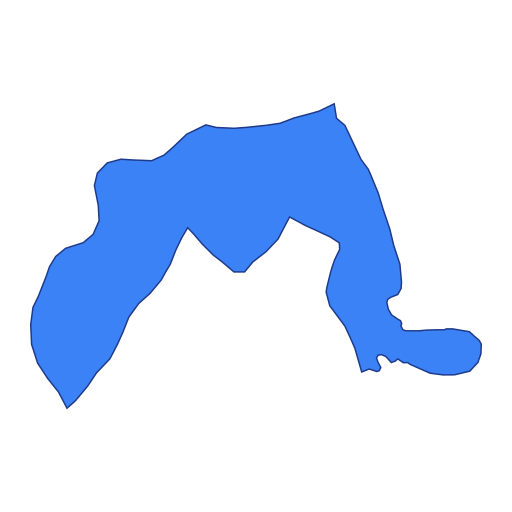 the district of Isoko North, Delta, Nigeria
{"feature_id": "59680162B76063539046075", "entity_name": "Isoko North", "entity_type": "district", "adm_level": 2, "iso_a3": "NGA", "parent_name": "Nigeria", "parent_adm1": "Delta", "projection": "natural_earth1", "projection_center": [6.267, 5.521], "detail": "fine", "context": "isolated", "style": "filled", "palette": "blue", "viewbox_px": 512, "rotation_deg": 0, "n_neighbors": 0, "source": "geoboundaries", "source_scale": "gbopen_adm2", "svg_char_len": 1808}
<svg xmlns="http://www.w3.org/2000/svg" viewBox="0 0 512 512"><path d="M67.0,408.2L75.3,400.9L87.5,386.3L96.6,372.7L98.3,371.0L98.4,370.9L109.9,358.8L117.5,344.2L122.8,332.4L128.9,317.0L138.8,303.4L149.9,293.5L161.3,279.9L165.8,271.7L170.3,264.2L175.6,250.6L181.7,237.8L187.7,227.7L194.0,234.4L198.2,239.3L202.4,244.2L213.2,255.0L222.4,262.1L233.9,271.9L244.6,271.9L252.7,262.1L258.7,257.4L258.8,257.3L265.9,251.8L278.1,239.0L284.3,227.0L289.6,217.0L304.8,225.2L330.2,236.9L339.3,242.9L339.7,249.3L334.6,259.9L331.9,267.7L330.3,273.4L326.8,287.7L326.2,292.2L329.8,305.8L344.9,326.1L350.9,339.1L354.9,348.3L361.7,372.0L369.2,369.0L376.8,371.5L379.3,370.7L380.8,367.5L378.1,362.5L376.5,358.0L378.2,355.1L381.7,354.7L385.9,356.5L391.3,362.5L395.2,361.1L397.8,358.9L403.3,362.7L407.7,362.6L410.2,364.4L430.1,373.2L443.1,374.9L454.6,374.8L469.7,371.2L477.9,362.5L480.9,353.8L481.3,344.3L479.2,340.4L474.1,336.0L469.4,331.7L452.7,328.9L446.5,328.9L444.1,329.8L437.2,329.8L427.0,330.1L418.7,330.8L406.0,330.8L402.9,329.8L400.9,325.9L401.7,323.9L400.5,320.7L397.4,318.9L391.6,314.9L388.4,309.4L386.8,302.5L387.8,299.3L390.9,297.2L397.8,294.5L401.1,288.5L401.5,282.2L399.9,264.2L393.7,245.3L389.8,229.1L382.8,208.3L378.2,193.0L370.9,175.3L368.3,169.3L361.1,159.6L344.9,125.4L336.5,118.3L334.2,103.8L318.9,111.2L309.0,114.0L294.5,117.8L280.0,123.3L266.2,125.3L247.1,127.3L234.1,128.3L216.5,127.5L205.8,124.9L186.7,134.2L172.3,147.9L163.9,155.2L157.1,158.2L151.7,160.7L133.3,160.0L121.1,159.2L117.7,160.1L107.3,162.9L97.4,173.0L94.4,185.6L98.3,205.5L99.1,220.8L93.1,234.4L83.2,242.7L65.6,248.3L55.7,256.5L54.2,259.0L49.6,266.5L45.8,277.4L38.3,296.4L33.0,307.3L31.6,317.7L30.7,324.5L31.6,344.4L37.7,363.3L38.5,364.5L40.9,368.1L47.7,378.5L58.5,392.0L67.0,408.2Z" fill="#3b82f6" stroke="#1e3a8a" stroke-width="1.5"/></svg>